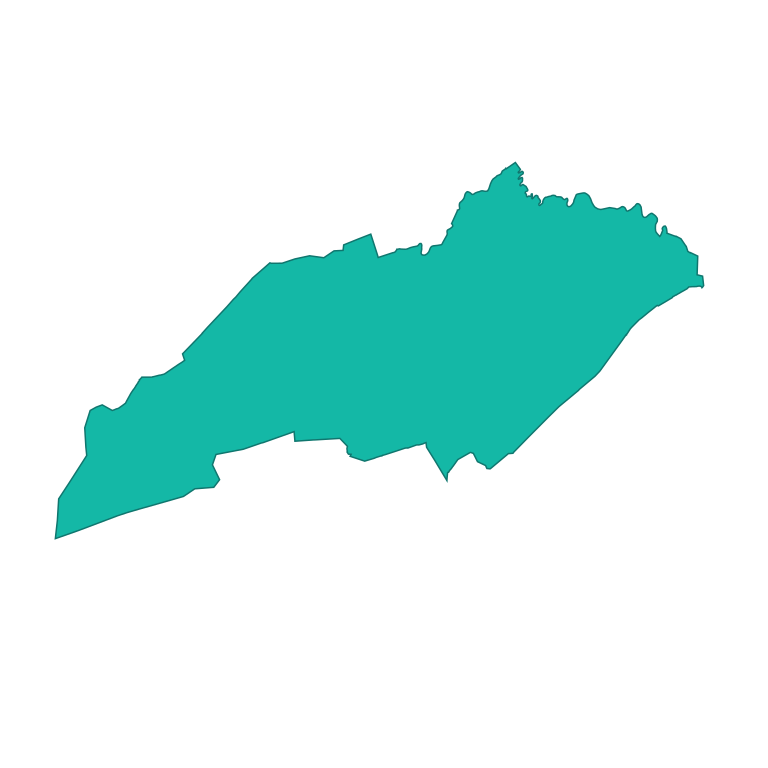 the district of Sēļu pag., Mazsalacas, Latvia, rotated 289°
{"feature_id": "27541924B62426268885110", "entity_name": "Sēļu pag.", "entity_type": "district", "adm_level": 2, "iso_a3": "LVA", "parent_name": "Latvia", "parent_adm1": "Mazsalacas", "projection": "natural_earth1", "projection_center": [25.207, 57.868], "detail": "fine", "context": "isolated", "style": "filled", "palette": "teal", "viewbox_px": 768, "rotation_deg": 289, "n_neighbors": 0, "source": "geoboundaries", "source_scale": "gbopen_adm2", "svg_char_len": 6135}
<svg xmlns="http://www.w3.org/2000/svg" viewBox="0 0 768 768"><g transform="rotate(289 384 384)"><path d="M608.3,628.1L612.6,624.9L612.6,624.7L612.8,624.4L618.0,617.5L618.8,612.0L618.5,611.9L618.7,602.4L619.6,602.2L622.8,600.6L624.2,599.5L624.9,598.5L624.4,597.4L622.8,596.5L621.3,596.5L620.1,597.5L615.7,597.3L614.5,597.1L613.3,596.7L614.9,593.7L616.1,591.9L617.1,591.0L619.6,589.9L622.6,589.0L623.7,588.9L626.7,589.4L628.0,589.1L628.6,588.9L629.6,588.4L629.8,588.2L631.2,586.2L631.7,585.0L632.5,582.4L632.6,581.7L632.2,580.9L630.4,579.4L627.8,578.0L627.0,577.4L626.4,576.2L626.3,575.2L626.9,574.0L628.7,572.6L635.0,569.5L636.7,567.7L637.2,566.3L637.1,565.1L636.6,564.3L635.5,563.8L634.1,563.4L632.9,562.6L630.2,561.2L629.0,560.3L627.0,558.3L626.7,557.6L626.8,556.8L628.0,555.7L629.1,554.4L629.5,553.0L629.4,551.8L629.0,551.1L626.8,549.3L625.2,547.4L625.2,545.4L624.2,539.9L620.5,533.8L619.6,532.2L619.3,530.5L619.2,528.9L619.9,525.8L621.1,524.0L623.2,521.6L626.3,519.1L628.5,516.7L628.9,516.0L629.6,514.0L630.0,511.8L629.8,511.0L629.4,510.0L627.7,507.0L626.6,505.2L625.9,504.4L625.6,504.2L619.8,503.8L617.6,504.1L615.8,503.8L613.3,502.8L612.3,502.0L611.8,500.8L611.9,499.8L612.5,499.0L613.7,498.3L615.2,498.0L616.9,498.1L617.8,497.9L618.9,497.1L619.1,496.6L618.8,496.1L617.3,495.0L617.1,494.4L617.3,493.2L618.4,491.1L618.3,489.7L617.3,486.5L617.4,485.5L617.9,484.3L617.5,482.5L616.9,481.4L616.0,480.6L614.8,478.5L613.5,476.9L613.3,476.2L612.5,475.5L611.3,475.0L609.8,474.7L608.4,474.7L606.9,475.1L606.2,474.9L604.9,474.0L603.7,473.4L603.4,472.8L603.7,472.2L604.4,471.9L605.2,471.9L606.2,472.5L606.9,472.6L607.7,472.4L608.6,471.8L610.0,469.8L610.4,468.9L610.8,468.7L611.5,468.5L611.8,468.1L612.0,466.8L611.6,466.1L610.6,465.4L608.3,464.5L607.5,464.0L607.5,463.5L608.0,463.1L609.6,463.2L610.9,462.8L612.0,462.1L611.8,461.7L611.3,461.4L609.9,461.8L609.4,461.7L609.0,461.2L609.0,460.2L608.7,459.5L607.7,458.7L607.6,458.2L607.9,457.7L609.4,457.0L610.0,456.4L610.3,455.5L610.7,455.3L611.4,455.2L612.1,455.5L613.3,456.8L613.7,456.9L614.3,456.8L615.0,456.2L617.0,454.0L617.9,450.4L617.3,449.7L615.9,448.9L615.9,448.2L616.5,447.6L618.1,447.8L619.4,448.3L620.1,448.8L621.2,448.8L623.7,448.0L624.2,447.3L623.7,446.4L622.2,445.6L621.4,444.5L621.8,444.1L622.5,444.1L625.6,445.2L628.0,447.0L629.1,446.9L629.9,446.2L630.1,445.2L628.2,443.8L627.4,442.5L627.8,442.0L628.6,442.1L629.6,442.8L631.3,443.1L636.2,436.1L627.3,429.5L627.6,428.9L627.0,428.8L623.8,426.5L621.0,426.3L619.7,425.4L617.7,423.1L616.2,422.4L613.3,420.4L611.1,419.8L608.0,419.5L602.9,419.6L602.2,419.5L600.3,419.1L599.8,418.4L599.3,417.5L598.9,415.7L598.8,414.5L598.2,413.0L596.8,411.4L596.0,410.1L594.3,408.1L592.7,407.0L592.3,406.4L591.9,405.5L592.8,403.4L593.1,401.7L593.0,400.3L592.7,399.9L591.8,399.4L590.8,399.0L589.4,398.9L587.2,399.1L585.9,399.1L584.8,398.9L583.0,398.3L580.4,396.9L579.9,396.7L579.3,396.7L578.7,396.7L577.0,397.2L574.8,398.3L574.3,398.4L573.8,398.3L573.2,398.0L572.3,396.8L571.7,397.0L557.6,395.7L557.4,396.2L556.6,397.2L555.4,397.6L554.8,397.4L553.3,396.5L552.6,396.1L550.8,394.4L550.1,393.9L549.4,393.8L548.3,394.1L546.9,394.8L546.1,395.0L545.1,395.0L537.4,393.6L535.6,393.4L535.0,393.2L534.3,392.8L532.5,389.5L530.6,385.5L529.6,384.3L528.4,383.7L527.2,383.5L524.1,383.4L523.1,383.2L521.0,382.3L519.2,380.7L518.6,379.0L518.6,377.6L519.8,376.4L523.7,375.8L525.8,375.0L527.2,374.7L528.4,374.0L528.9,373.2L528.4,372.1L527.2,371.5L526.2,371.2L525.6,370.8L525.1,370.3L523.0,366.7L521.5,364.5L519.1,361.8L518.4,360.5L517.1,356.2L516.9,354.8L515.6,352.5L515.6,352.3L515.1,352.3L513.8,352.0L512.0,351.2L510.8,349.3L501.7,337.3L503.9,335.8L521.4,322.7L512.4,312.1L502.4,300.6L497.0,301.8L493.6,293.4L483.8,286.0L481.0,271.9L473.2,259.0L465.0,248.3L461.4,238.0L461.4,236.7L441.0,225.0L439.9,224.7L424.3,218.0L418.0,215.6L414.9,214.0L406.1,210.4L380.4,198.8L372.9,195.6L372.8,195.8L346.9,183.7L341.5,187.8L338.8,185.9L335.7,183.4L330.9,179.8L321.9,173.1L319.8,170.0L319.1,168.6L316.0,163.9L315.6,163.1L315.3,162.8L314.9,162.2L314.3,160.6L311.6,152.8L311.3,152.8L309.5,151.9L308.2,151.6L308.2,151.4L307.5,151.6L306.0,151.0L305.2,151.1L304.7,150.8L304.2,150.8L302.8,150.3L301.7,150.2L301.3,149.9L300.1,149.8L299.2,149.5L298.2,149.4L297.7,149.0L292.8,147.7L283.6,146.1L282.0,145.9L281.5,145.8L281.1,145.4L280.2,144.9L279.8,144.5L279.1,144.1L274.5,140.8L273.2,138.9L271.8,137.4L270.5,135.7L272.5,124.4L268.4,119.4L263.3,114.8L245.2,115.3L227.2,122.7L219.6,126.2L188.7,118.7L169.5,113.8L148.6,119.6L130.8,123.6L145.6,142.3L172.7,175.0L178.8,183.0L186.3,193.6L205.8,221.6L212.4,231.0L223.3,239.2L230.9,256.7L240.0,259.7L251.7,248.1L262.7,248.1L276.6,272.3L288.4,287.4L289.0,288.5L309.7,314.5L300.9,318.4L308.2,335.6L308.8,337.2L318.2,360.0L313.2,369.7L310.8,370.0L308.2,371.3L307.7,371.2L306.1,373.2L306.8,375.8L306.3,375.8L304.6,375.5L304.8,390.9L305.1,391.3L310.5,398.8L312.1,400.6L315.1,404.7L315.2,405.4L316.0,405.7L316.0,405.8L317.8,408.4L323.3,415.7L330.3,424.9L331.3,427.2L331.2,427.4L336.8,434.4L337.1,434.8L337.8,436.9L338.4,437.8L340.0,440.2L340.7,440.9L341.2,441.4L342.3,442.8L338.0,444.9L328.3,456.9L313.2,474.9L316.2,474.1L320.9,473.0L321.4,473.3L321.6,473.8L321.9,473.9L322.5,473.8L322.9,474.1L324.2,474.4L324.5,474.6L325.9,475.2L328.1,475.8L328.8,476.1L336.6,478.4L347.3,487.8L347.5,488.3L347.5,491.1L341.0,497.7L340.0,506.5L339.9,506.7L338.3,508.1L337.6,508.8L338.3,511.9L338.6,512.2L358.7,524.3L358.9,524.6L359.0,525.1L360.4,528.3L360.7,528.6L361.9,528.9L381.5,538.2L405.9,550.0L419.6,556.8L441.5,570.1L442.3,570.3L459.9,580.9L466.5,583.9L501.3,594.5L508.8,596.7L508.7,596.9L509.4,597.3L509.6,597.0L510.9,597.6L516.3,598.9L518.2,599.7L527.6,604.2L531.2,606.6L537.6,610.5L547.0,616.5L547.3,617.0L547.1,617.6L547.1,617.8L547.2,618.0L559.1,628.1L559.5,628.4L560.4,628.6L560.8,628.8L560.9,629.1L563.0,630.8L563.3,631.4L564.2,632.0L564.6,632.4L565.0,632.7L565.7,633.4L568.2,635.5L568.7,636.0L572.8,639.6L575.0,640.6L576.2,643.3L577.8,647.6L578.8,649.2L579.4,650.7L579.5,651.7L579.0,653.0L578.6,653.3L579.1,653.6L581.1,654.2L589.7,650.1L589.2,644.5L607.1,639.0L608.0,631.0L607.7,630.9L608.3,628.1Z" fill="#14b8a6" stroke="#0f766e" stroke-width="1.5"/></g></svg>